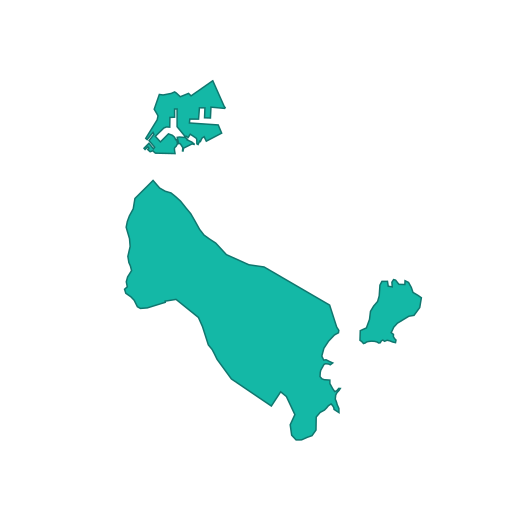 Jung-gu [Central District], Incheon, South Korea, rotated 246°
{"feature_id": "91817680B6497324316239", "entity_name": "Jung-gu [Central District]", "entity_type": "district", "adm_level": 2, "iso_a3": "KOR", "parent_name": "South Korea", "parent_adm1": "Incheon", "projection": "robinson", "projection_center": [126.503, 37.45], "detail": "fine", "context": "isolated", "style": "filled", "palette": "teal", "viewbox_px": 512, "rotation_deg": 246, "n_neighbors": 0, "source": "geoboundaries", "source_scale": "gbopen_adm2", "svg_char_len": 3279}
<svg xmlns="http://www.w3.org/2000/svg" viewBox="0 0 512 512"><g transform="rotate(246 256 256)"><path d="M293.3,136.4L289.1,130.2L285.2,127.0L280.2,125.9L279.1,122.4L274.9,121.9L269.6,125.1L265.1,126.7L257.9,127.0L255.1,129.1L252.8,135.6L250.6,154.3L251.7,154.6L248.9,165.3L223.3,178.4L213.2,178.4L194.2,176.3L188.4,177.9L183.6,178.2L177.5,178.4L153.7,183.5L112.7,209.0L121.9,223.3L115.3,226.6L95.3,227.0L87.9,218.6L77.8,215.7L71.7,217.8L69.5,222.8L69.5,229.1L69.1,234.1L72.6,240.0L84.4,245.5L87.0,250.9L87.4,255.9L88.5,258.7L89.8,261.3L90.3,264.4L88.2,265.1L85.9,265.4L84.1,264.9L79.2,268.1L83.0,269.7L87.3,269.7L88.9,270.0L90.9,270.2L93.0,270.2L96.6,272.3L98.2,274.3L99.4,277.1L100.7,279.1L101.4,277.8L100.1,275.0L100.1,272.8L103.5,272.1L109.4,271.6L112.6,273.0L115.2,268.1L116.9,266.3L119.8,265.4L123.4,267.3L125.3,268.7L129.3,274.0L129.3,275.7L127.8,278.4L126.4,279.6L127.1,282.6L130.0,280.0L132.7,277.8L133.4,275.5L137.8,275.4L144.1,280.5L148.7,287.7L151.9,295.4L152.1,297.0L152.3,300.1L154.4,301.4L158.2,300.8L181.2,303.3L242.7,258.9L250.9,245.9L269.3,229.5L284.1,224.5L290.6,220.3L296.3,217.0L303.3,215.3L312.4,214.5L321.1,213.6L328.6,211.5L336.8,209.4L342.5,206.9L348.2,204.0L352.1,199.4L357.3,195.6L366.9,192.7L357.8,168.8L349.0,163.0L344.2,156.7L339.9,152.5L335.1,149.1L329.4,148.3L323.3,147.5L315.9,144.9L307.8,138.8L301.7,137.2L298.0,137.2L293.3,136.4ZM420.6,221.1L408.3,203.1L406.6,203.9L410.8,212.2L408.6,212.2L404.9,205.2L396.6,207.7L395.6,205.9L402.5,204.0L400.0,197.5L398.4,198.0L399.7,201.6L398.1,202.1L397.2,200.4L394.3,201.7L394.1,204.5L390.9,205.9L382.5,223.7L385.2,224.4L387.2,225.1L388.1,225.8L388.7,227.6L389.3,228.5L389.8,228.9L390.1,229.3L390.2,229.9L394.8,230.9L394.9,229.9L397.6,229.9L400.3,228.7L403.2,225.7L399.1,215.1L406.3,212.7L410.4,223.8L410.3,226.8L408.8,229.6L417.6,233.7L415.9,238.1L423.4,241.4L422.4,243.7L406.2,236.5L394.2,239.8L393.6,238.5L395.8,234.5L396.4,232.3L390.1,231.1L389.6,232.3L388.7,232.6L384.7,233.2L381.9,231.6L381.6,232.0L384.0,233.8L384.4,243.2L383.1,244.8L383.4,245.1L385.8,243.9L386.1,243.8L390.1,240.3L390.5,240.8L392.8,239.6L393.8,240.9L391.9,242.2L394.0,245.5L388.9,248.7L387.8,249.3L386.6,249.3L382.5,247.6L381.4,248.4L383.9,251.4L383.2,251.8L385.6,254.5L386.1,257.1L381.1,257.3L382.2,274.6L391.1,274.8L404.6,249.3L408.0,251.2L404.4,259.2L414.4,264.6L412.1,269.6L403.2,265.2L400.6,270.5L410.3,275.4L403.6,287.4L404.1,288.2L405.5,287.8L433.7,287.8L433.7,287.7L428.7,261.8L432.0,260.5L432.3,251.6L437.3,249.5L439.0,248.4L439.0,244.7L440.9,236.6L442.9,233.4L431.5,222.7L427.3,223.2L423.9,223.5L420.6,221.1ZM162.4,343.1L158.9,338.1L151.9,333.9L145.4,327.6L145.4,320.9L136.7,316.7L134.8,317.8L132.3,318.6L132.1,320.5L132.5,322.1L132.1,324.1L131.2,326.9L129.8,329.6L128.3,331.5L126.6,332.7L126.2,334.2L127.5,336.0L127.6,337.7L125.8,338.7L125.7,341.5L124.1,343.7L121.9,345.8L120.1,348.2L122.3,349.7L124.1,349.0L126.4,348.7L128.5,349.7L131.0,348.3L132.4,350.0L134.9,352.8L137.1,357.8L138.0,364.9L138.8,371.2L137.5,376.2L142.3,384.6L150.6,390.1L154.1,388.0L158.9,384.6L164.1,385.1L169.8,384.6L172.8,382.1L169.4,380.4L172.0,375.0L177.2,373.7L178.5,372.1L176.8,369.5L172.4,367.9L174.6,364.5L179.4,365.8L181.6,360.7L179.0,357.4L169.4,352.3L165.0,348.6L162.4,343.1Z" fill="#14b8a6" stroke="#0f766e" stroke-width="1.5"/></g></svg>